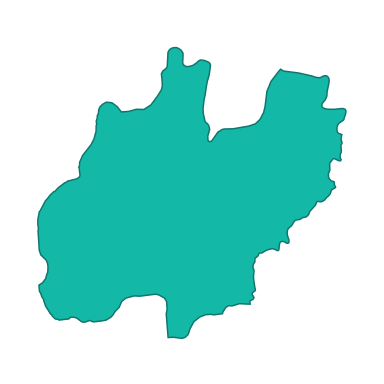 the district of Tajumulco, San Marcos, Guatemala, rotated 176°
{"feature_id": "79465075B52566348974333", "entity_name": "Tajumulco", "entity_type": "district", "adm_level": 2, "iso_a3": "GTM", "parent_name": "Guatemala", "parent_adm1": "San Marcos", "projection": "robinson", "projection_center": [-92.003, 15.058], "detail": "fine", "context": "isolated", "style": "filled", "palette": "teal", "viewbox_px": 384, "rotation_deg": 176, "n_neighbors": 0, "source": "geoboundaries", "source_scale": "gbopen_adm2", "svg_char_len": 5117}
<svg xmlns="http://www.w3.org/2000/svg" viewBox="0 0 384 384"><g transform="rotate(176 192 192)"><path d="M141.7,76.1L142.0,77.9L141.6,79.3L140.4,80.0L138.9,80.5L138.2,81.1L137.5,82.4L138.1,83.7L138.6,84.5L139.1,85.4L139.0,86.3L138.6,87.3L138.1,87.8L136.9,88.4L136.0,89.0L135.6,89.8L135.7,90.8L136.0,92.5L136.1,94.2L136.5,98.6L136.6,102.6L136.2,105.6L135.6,109.3L136.5,113.1L136.2,114.3L135.8,115.5L135.3,116.5L134.3,117.4L134.0,119.0L134.0,119.9L133.9,120.9L133.4,121.8L132.5,122.3L131.4,123.0L130.5,123.9L129.7,125.5L129.3,126.2L128.3,126.5L127.1,126.3L126.0,126.5L124.9,127.1L123.5,127.9L122.1,128.5L120.0,129.2L118.2,129.5L117.1,129.7L116.1,129.8L115.3,129.8L113.9,129.2L112.2,128.3L111.1,127.6L109.8,127.7L109.3,128.6L109.0,130.3L108.8,131.9L108.5,133.0L108.3,134.1L107.9,134.9L107.2,136.0L105.8,136.4L104.6,136.3L103.6,136.0L102.5,135.3L101.5,134.5L100.2,134.1L99.2,134.4L98.8,135.1L98.7,136.5L98.8,138.1L99.3,139.8L99.6,140.9L99.9,143.2L99.9,144.4L99.7,146.1L99.5,146.9L98.9,148.2L98.3,149.0L97.6,149.5L96.8,150.1L95.9,150.8L94.9,151.5L92.9,154.4L92.2,155.4L91.6,156.1L90.4,156.7L89.2,156.9L87.3,157.0L86.1,157.2L85.2,157.7L83.9,158.5L82.5,158.8L81.6,158.9L80.6,159.0L79.5,159.4L78.0,160.6L77.2,161.5L76.8,162.3L76.4,163.4L75.7,164.5L74.9,165.3L70.3,169.8L69.7,170.4L69.1,171.5L68.5,173.1L67.8,173.6L67.1,173.8L65.9,173.6L64.7,173.3L63.6,173.3L62.6,173.6L61.6,174.0L60.5,174.6L59.9,175.1L59.3,175.8L58.3,176.9L57.2,177.8L56.5,178.2L55.7,178.9L55.1,179.5L54.3,180.5L53.8,181.6L53.4,182.5L53.1,183.4L52.7,184.3L51.4,185.0L50.5,185.5L49.2,186.0L48.4,186.8L48.9,188.1L49.4,189.1L49.4,191.0L49.4,192.1L50.4,192.8L51.4,193.0L52.4,193.3L53.3,194.6L53.8,195.3L54.3,196.0L54.8,197.6L54.7,199.4L54.7,200.4L54.2,201.6L53.9,202.3L53.2,203.6L52.9,204.5L52.9,206.2L52.9,207.3L52.7,210.0L52.4,211.5L51.3,212.6L50.5,213.6L49.5,214.7L48.9,215.2L48.1,215.4L47.1,215.1L45.4,214.1L43.4,213.0L42.6,212.7L41.5,212.9L41.0,213.9L41.6,215.1L41.8,216.5L41.7,218.0L41.5,219.2L41.0,220.0L40.6,220.7L40.1,222.4L40.2,226.4L40.2,227.7L39.9,228.9L39.1,229.8L38.9,231.0L39.1,232.0L39.6,233.3L39.5,235.1L39.3,236.0L39.1,236.9L38.5,238.9L40.6,239.7L42.2,240.7L42.8,242.0L43.1,243.6L42.9,246.2L42.1,248.4L41.2,249.7L40.5,250.5L38.7,251.5L37.4,252.3L36.3,252.8L35.3,254.1L34.6,256.2L34.0,257.5L33.2,259.8L32.9,260.9L32.8,262.2L33.3,263.7L34.4,264.3L35.6,264.7L37.2,264.8L40.2,264.7L42.3,264.6L44.6,264.6L48.8,264.9L51.8,265.3L53.6,265.8L54.9,266.5L55.9,267.4L56.4,268.0L56.4,269.9L55.7,271.4L54.6,272.7L53.6,273.5L51.6,276.4L51.0,277.8L50.7,279.0L50.2,282.8L49.0,286.9L48.6,288.4L48.2,289.8L47.9,291.1L47.5,292.3L47.4,293.8L47.5,295.2L47.7,296.2L48.2,297.0L48.7,297.8L49.4,298.3L50.4,298.6L51.9,298.7L53.0,298.5L53.8,298.1L55.6,297.3L56.7,297.1L58.7,297.4L60.8,297.9L62.1,298.4L63.6,299.1L65.1,299.6L77.0,303.2L92.3,306.3L95.1,308.3L97.0,306.4L105.5,296.8L107.5,292.6L110.2,287.3L113.1,272.4L115.0,266.3L119.1,259.7L124.0,255.6L130.7,253.8L146.6,252.2L155.6,252.6L157.5,252.3L162.0,249.9L168.9,241.4L171.2,241.0L172.4,242.0L172.4,246.6L170.0,253.1L170.6,256.9L171.6,258.7L174.0,261.2L175.2,269.0L175.2,274.5L173.3,284.2L172.3,287.1L170.4,295.9L168.9,301.7L167.8,304.4L166.6,308.1L164.7,316.9L164.9,318.3L165.7,319.7L167.2,320.8L170.5,322.4L174.0,323.1L175.8,322.6L178.6,320.4L182.1,318.3L185.1,317.6L187.8,317.4L188.9,317.5L189.7,318.0L190.7,318.7L191.8,319.5L192.3,321.5L191.4,328.9L191.3,331.0L192.0,332.7L193.2,334.4L195.0,335.9L197.2,337.1L199.5,337.3L202.1,336.9L203.7,336.1L205.1,334.8L206.2,333.0L208.0,318.7L208.9,317.5L210.4,316.2L212.6,314.8L214.3,312.0L214.1,306.6L214.2,299.8L215.5,295.9L219.9,289.9L222.3,287.1L227.0,281.6L228.4,281.0L229.3,280.4L234.2,277.7L241.8,278.4L249.5,276.8L256.9,276.8L260.8,282.5L265.6,286.6L271.0,287.6L275.0,285.8L277.8,283.4L279.3,280.6L280.0,276.5L281.1,275.0L281.4,272.4L282.6,269.4L282.3,265.9L282.9,265.3L283.5,259.1L286.2,251.5L289.4,246.3L298.6,236.0L300.8,231.8L302.1,229.3L302.3,226.5L303.3,224.4L302.8,223.7L302.8,220.5L302.5,216.4L303.3,214.9L305.8,213.2L315.5,211.5L317.1,210.2L318.1,210.2L325.1,205.6L328.9,202.0L329.7,202.1L334.2,198.4L335.5,196.7L338.9,193.3L344.6,184.1L345.7,182.9L347.6,175.7L348.1,170.6L347.7,166.1L348.3,164.1L348.4,144.4L347.2,139.8L342.3,134.3L341.2,131.3L340.8,127.7L341.5,122.1L342.3,120.6L343.1,118.6L344.0,115.7L344.9,114.8L347.5,111.8L349.7,110.7L351.2,109.7L351.1,103.4L350.1,101.9L349.1,97.8L347.5,95.2L347.5,93.9L345.9,88.2L342.7,82.3L341.9,80.5L340.3,79.2L340.2,78.2L337.3,74.9L334.6,74.4L333.7,73.5L323.6,74.0L322.9,75.0L321.0,75.6L318.2,75.2L315.7,74.2L312.1,71.1L310.8,70.0L308.1,69.6L302.8,71.0L300.8,69.8L298.9,69.3L292.7,69.6L286.8,70.1L281.5,72.9L278.9,75.5L277.2,78.0L272.7,82.0L270.1,87.1L269.2,88.1L265.3,90.8L256.8,92.4L251.5,91.7L235.8,92.6L232.8,91.9L230.2,90.3L226.8,88.0L225.0,84.6L225.0,76.4L226.2,72.3L226.0,48.5L220.7,48.4L212.2,46.7L209.2,47.4L206.2,49.7L204.8,52.4L203.4,56.0L202.6,57.1L200.1,61.1L199.3,62.3L198.6,62.9L192.9,66.8L186.7,68.7L181.3,68.6L178.7,67.9L173.1,68.3L170.0,68.5L169.8,69.7L168.3,71.8L166.4,74.4L163.7,76.0L159.7,75.6L152.4,77.3L143.6,76.2L141.7,76.1Z" fill="#14b8a6" stroke="#0f766e" stroke-width="1.5"/></g></svg>